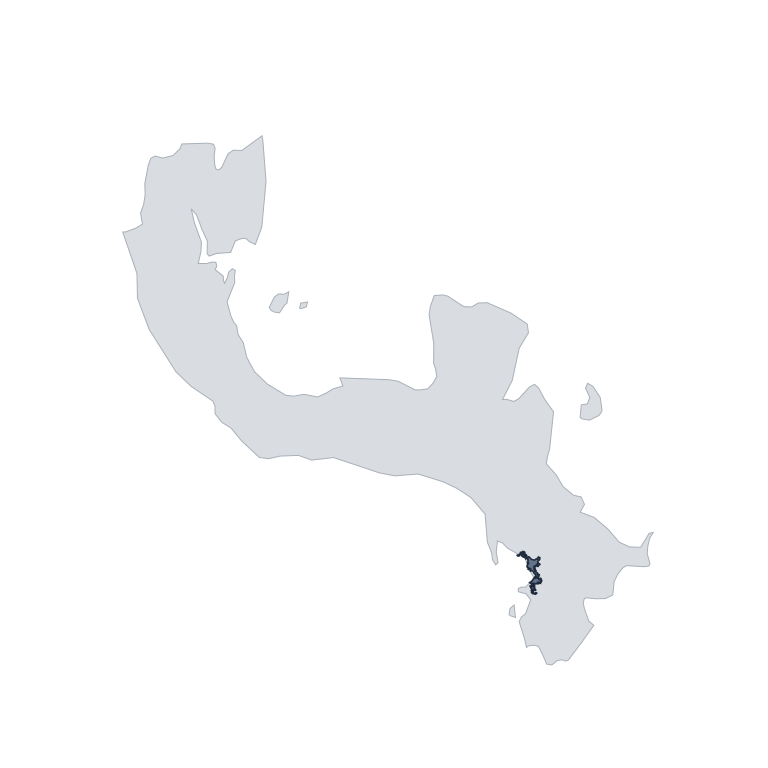 location of Chiriquí Grande, Bocas del Toro, Panama, rotated 216°
{"feature_id": "35544464B7059792376072", "entity_name": "Chiriquí Grande", "entity_type": "district", "adm_level": 2, "iso_a3": "PAN", "parent_name": "Panama", "parent_adm1": "Bocas del Toro", "projection": "albers", "projection_center": [-82.202, 9.003], "detail": "fine", "context": "in_parent", "style": "filled", "palette": "slate", "viewbox_px": 768, "rotation_deg": 216, "n_neighbors": 0, "source": "geoboundaries", "source_scale": "gbopen_adm2", "svg_char_len": 8901}
<svg xmlns="http://www.w3.org/2000/svg" viewBox="0 0 768 768"><g transform="rotate(216 384 384)"><path d="M684.7,353.4L682.6,355.0L676.6,363.8L673.4,371.4L681.4,379.2L683.8,387.6L688.4,396.6L695.4,405.7L703.4,422.7L705.3,429.5L703.2,433.9L695.8,436.7L689.0,444.8L687.3,454.6L688.6,459.4L668.2,475.2L662.9,477.8L659.3,475.5L654.8,467.7L649.4,461.5L646.6,459.3L644.9,459.2L643.3,460.7L642.6,464.1L645.5,478.7L643.3,484.6L636.3,489.3L628.6,513.1L625.4,510.1L598.5,478.5L575.1,439.1L570.1,421.2L576.1,420.1L581.8,420.5L584.9,417.7L588.4,412.4L585.4,400.3L596.4,391.0L600.6,384.7L603.6,385.4L611.0,395.9L621.7,401.8L634.8,410.5L642.9,412.4L632.6,403.3L614.9,391.3L609.9,383.4L605.1,372.3L598.3,377.2L595.1,381.3L591.6,383.7L588.5,380.9L587.9,377.3L577.5,376.8L574.8,373.5L572.1,371.7L573.4,378.6L575.5,382.9L574.4,388.1L571.1,388.5L568.2,383.2L564.4,378.4L559.3,358.2L547.5,348.8L542.1,345.7L537.6,344.6L531.0,338.2L522.3,334.8L510.5,324.8L496.0,317.8L478.4,315.4L457.0,317.1L449.8,321.1L444.9,326.3L442.7,328.6L430.0,334.5L425.3,343.0L422.3,350.1L416.1,358.2L423.3,363.0L382.2,390.6L374.0,394.6L355.5,397.5L351.2,400.5L345.6,405.9L344.8,414.1L345.7,421.1L351.1,426.5L356.0,429.9L367.6,446.1L388.2,466.5L392.1,474.0L395.3,485.1L389.2,490.3L384.4,492.5L364.9,493.5L358.2,498.0L355.5,504.8L348.3,510.4L323.1,516.0L303.4,516.7L297.2,510.3L295.7,492.5L282.3,462.1L279.0,441.1L275.7,443.7L268.7,446.2L266.3,451.4L264.6,466.9L262.0,472.2L256.6,471.7L245.4,466.2L230.5,461.1L211.6,428.4L209.5,422.2L205.8,414.8L191.2,411.7L178.8,406.2L165.2,405.4L158.2,408.5L151.1,404.5L149.9,395.6L135.6,399.6L117.3,398.2L101.0,394.3L89.8,396.4L80.4,402.7L81.7,419.0L78.9,422.2L78.5,415.6L75.3,407.9L71.4,401.5L63.1,394.9L62.7,392.5L66.0,389.2L81.0,379.6L82.8,375.7L83.1,367.4L81.6,359.4L74.9,347.7L78.8,340.5L86.5,334.7L94.4,330.1L95.8,328.2L94.3,324.2L89.7,319.9L78.9,312.6L72.4,312.1L72.2,291.1L72.6,268.8L74.2,266.6L78.2,265.3L81.3,261.9L83.1,255.3L87.8,253.0L96.3,258.1L105.0,262.6L108.6,261.1L111.4,258.9L113.3,256.8L113.9,254.7L120.8,260.7L135.0,271.2L135.9,276.4L134.5,281.4L138.4,295.6L145.8,297.7L153.3,294.9L155.1,297.6L153.7,300.2L149.9,303.1L148.9,315.4L161.1,321.1L167.2,326.1L187.4,323.8L194.9,325.1L199.9,323.6L194.3,313.8L186.7,306.5L187.4,303.3L193.1,305.7L197.5,310.6L207.4,316.8L225.7,338.1L246.7,343.2L263.3,342.5L278.8,339.6L303.5,331.2L321.2,316.1L335.4,309.4L381.5,294.9L397.8,279.9L404.7,277.9L411.2,276.0L425.7,264.6L433.4,255.8L441.6,251.3L465.9,254.3L481.7,258.4L492.6,257.7L503.2,260.6L507.8,266.9L512.6,269.6L538.3,268.7L559.5,271.6L606.0,290.1L633.9,308.5L648.8,328.2L684.7,353.4ZM219.7,504.3L213.6,504.9L201.2,500.2L192.2,491.0L191.5,488.0L191.6,484.9L196.6,475.5L203.2,472.2L205.8,472.3L212.1,483.1L207.8,487.4L209.6,494.1L218.5,499.1L219.7,504.3ZM517.4,398.0L515.3,402.7L510.0,392.3L510.8,389.6L510.4,380.1L515.3,377.6L518.9,377.3L521.9,378.6L523.8,389.8L522.3,394.8L517.4,398.0ZM150.1,276.5L148.9,281.7L140.4,272.4L145.5,270.8L147.3,271.0L150.1,276.5ZM499.0,400.4L494.1,405.4L492.2,400.7L495.6,395.9L496.8,395.8L499.0,400.4Z" fill="#d9dde1" stroke="#a8b0b8" stroke-width="1"/><path d="M139.8,302.2L139.9,302.8L140.7,302.7L141.1,302.5L140.6,302.9L140.8,303.3L141.0,303.1L141.4,303.2L141.3,303.5L141.6,303.9L141.3,304.1L141.6,304.4L142.2,303.6L142.7,304.3L142.4,304.3L142.5,304.8L142.3,305.1L142.1,305.2L142.0,305.7L142.1,305.9L142.0,306.4L141.2,306.2L141.4,305.9L141.3,305.2L141.1,305.4L140.9,306.1L140.3,306.1L140.1,306.6L140.7,306.7L141.5,307.1L142.0,307.4L142.7,307.3L142.7,307.5L142.7,308.1L143.0,308.2L143.4,308.1L143.7,308.2L143.3,309.2L144.2,309.4L144.5,309.1L144.5,308.9L144.3,308.9L144.6,308.3L144.9,308.8L145.2,308.5L145.5,308.6L145.5,309.1L145.8,309.4L145.6,309.7L145.1,309.9L145.1,310.3L145.7,310.0L146.1,310.1L146.3,309.9L146.5,310.0L146.5,310.4L146.0,310.6L145.7,310.4L145.3,311.1L144.7,311.2L144.2,311.0L143.8,311.5L143.6,311.5L143.2,312.6L142.8,312.3L141.9,312.8L142.2,313.5L142.6,313.4L142.7,314.1L143.1,314.1L143.1,314.3L142.9,314.4L142.7,314.3L142.3,314.4L142.0,314.2L141.9,314.0L141.6,313.7L141.0,314.1L141.0,314.6L140.6,314.7L140.9,314.9L140.7,315.3L140.4,315.5L140.5,315.9L141.3,316.0L141.4,316.3L141.8,316.6L141.4,316.8L141.0,316.7L140.6,317.2L141.1,318.0L141.4,318.1L141.3,317.9L142.2,318.5L142.3,318.7L142.5,318.7L142.8,318.2L143.2,318.8L143.5,318.4L143.5,318.0L144.0,317.2L144.3,317.7L145.1,318.0L145.3,317.9L145.3,317.4L145.6,317.1L145.8,317.5L146.0,317.6L145.8,317.9L146.0,317.9L146.2,318.2L146.3,318.0L145.7,318.6L145.6,319.3L145.9,319.4L146.0,319.8L146.6,319.3L147.0,319.6L146.0,320.7L146.0,320.9L146.2,321.0L146.8,320.4L147.2,320.9L147.8,320.7L148.0,320.9L148.2,320.7L148.7,321.1L149.1,321.2L149.3,321.4L150.0,320.9L150.9,321.6L151.2,322.2L151.6,321.6L151.8,321.9L152.0,322.1L152.4,322.0L152.8,322.0L152.8,322.3L152.5,322.3L152.4,322.4L152.4,322.7L152.7,322.9L153.2,322.5L153.6,322.5L153.8,322.4L153.8,322.6L153.4,322.7L152.9,323.2L153.0,323.3L153.5,323.1L154.0,323.6L154.7,323.5L155.1,324.2L155.1,324.3L154.9,324.3L155.0,324.9L154.6,325.1L154.0,325.1L153.9,325.3L154.2,325.7L154.6,325.6L154.4,325.8L154.2,326.7L154.5,326.8L154.5,327.0L154.0,327.0L153.9,327.1L154.3,327.3L154.2,327.9L153.7,327.9L153.2,327.6L152.9,326.9L152.6,327.1L152.4,326.8L152.1,327.0L152.2,328.8L151.7,329.6L152.1,329.9L153.3,329.9L153.9,329.6L153.9,329.9L154.0,330.0L154.6,329.6L154.9,330.4L155.2,330.5L155.5,332.4L155.3,332.7L154.9,332.7L154.8,332.9L154.9,333.8L155.7,334.4L155.7,335.1L156.1,335.2L156.9,334.5L157.1,334.6L157.2,334.4L157.4,334.5L157.3,333.8L157.5,333.3L156.9,332.7L157.4,332.4L157.5,332.1L157.7,331.9L158.1,331.9L158.2,331.5L158.2,331.1L158.4,330.5L159.5,329.6L161.6,328.8L165.1,329.4L165.3,329.3L165.5,329.3L165.6,329.2L165.9,328.7L165.7,328.6L165.6,328.3L166.5,327.6L166.1,327.0L165.1,326.9L165.1,326.5L164.7,326.5L164.6,326.9L164.3,326.7L164.0,326.5L163.6,326.2L163.7,325.8L163.5,325.4L163.5,325.2L163.1,324.7L162.9,324.8L162.8,324.7L163.1,324.7L163.1,324.3L163.1,324.2L163.3,324.3L162.2,323.2L162.0,323.3L162.1,323.1L161.4,322.3L161.5,321.8L161.5,321.0L161.1,320.7L161.1,320.4L160.9,320.2L160.3,319.9L160.2,320.3L159.5,320.4L159.0,320.1L158.9,319.8L158.7,319.9L158.8,319.7L158.4,319.6L158.2,319.4L158.2,319.7L158.0,319.9L157.7,320.1L157.3,320.4L157.4,320.0L157.9,320.0L158.1,319.5L157.8,319.7L157.2,319.6L156.3,319.2L155.9,318.8L155.7,319.0L155.5,318.8L155.3,318.8L155.4,319.8L152.2,320.1L152.2,319.7L151.8,319.5L151.6,319.1L150.2,319.0L149.6,318.7L149.1,319.1L148.7,318.7L148.4,318.6L148.7,318.7L148.8,318.8L148.4,317.9L147.7,317.5L146.8,317.5L146.7,317.2L146.9,316.8L147.2,316.8L147.9,317.1L148.3,316.6L148.3,316.4L147.9,316.2L147.7,316.0L147.4,315.9L147.4,316.0L147.1,316.0L147.5,315.8L147.7,316.0L147.9,316.2L148.4,316.3L148.2,315.9L148.6,315.3L148.7,315.0L148.6,314.6L148.4,314.1L148.5,313.7L148.4,313.3L148.5,311.2L148.7,310.5L148.7,309.8L148.9,309.4L149.1,309.4L148.9,309.0L149.0,308.9L148.7,308.9L148.7,309.1L148.8,309.0L148.6,309.4L148.1,309.4L147.8,309.2L147.3,308.7L146.2,308.3L146.1,307.7L145.6,308.0L145.6,307.4L145.4,307.4L145.4,307.6L145.2,307.6L145.1,307.0L144.9,307.0L145.3,306.2L146.0,306.0L146.4,306.2L146.8,306.6L147.1,306.7L147.7,306.4L147.1,306.4L146.0,305.7L145.8,305.5L145.0,305.4L144.7,305.1L144.4,305.3L144.1,305.3L143.8,305.0L143.9,304.5L143.5,304.3L143.6,303.6L143.3,303.4L143.0,303.5L142.7,303.2L142.4,302.2L141.9,301.9L141.4,301.8L140.9,302.1L139.8,302.2ZM170.9,326.0L169.6,325.8L169.4,326.5L169.1,326.9L169.7,327.5L169.9,328.5L169.6,328.7L169.1,328.8L168.9,328.6L169.0,328.6L169.0,328.3L168.8,328.3L168.7,327.9L168.2,328.5L168.0,328.1L167.6,328.3L167.6,329.0L167.8,329.0L168.5,329.5L168.7,329.4L168.7,329.0L168.9,329.1L169.0,328.9L169.8,329.3L172.3,326.7L172.3,326.4L171.7,325.9L170.9,326.0ZM175.6,323.6L174.8,323.5L174.4,323.6L174.4,323.9L174.3,323.7L174.0,323.9L174.2,324.0L173.7,325.0L174.0,325.3L174.0,325.8L173.7,325.9L173.3,326.7L173.5,326.9L173.5,327.5L173.4,327.8L173.8,328.1L173.6,328.4L173.2,328.0L172.7,328.1L172.6,328.4L172.9,328.7L173.1,328.5L173.3,328.5L173.3,328.8L173.1,328.9L173.2,329.1L173.2,329.4L172.9,329.0L171.9,328.9L171.8,329.1L172.1,329.8L171.6,329.8L171.3,329.6L170.9,330.2L171.2,330.3L171.3,330.7L171.9,330.7L171.8,330.0L172.3,329.9L172.3,329.5L172.6,329.6L172.7,330.1L173.2,329.9L173.2,329.7L173.4,329.4L173.3,328.9L173.4,328.7L173.8,328.9L173.9,328.6L174.4,328.3L174.7,328.0L174.6,327.7L174.3,327.8L174.0,328.0L174.0,327.6L173.8,327.2L173.9,326.9L173.9,326.4L174.4,326.1L174.5,325.6L174.4,325.3L173.9,324.9L174.5,324.6L174.4,324.5L174.6,324.4L174.5,324.2L175.1,323.8L175.6,323.9L175.6,323.6ZM137.6,304.7L138.5,304.6L138.7,303.9L139.4,303.2L139.6,302.3L139.0,302.7L138.3,302.7L138.0,303.0L137.8,303.0L137.6,303.7L137.9,304.0L137.7,304.0L137.4,304.4L137.6,304.7ZM168.0,326.7L167.9,326.3L168.0,326.7ZM168.2,326.8L168.4,326.5L168.3,326.4L168.2,326.6L168.2,326.8ZM166.9,326.3L167.0,326.2L166.9,326.1L166.9,326.3ZM166.4,326.7L166.6,326.6L166.4,326.7Z" fill="#64748b" stroke="#1e293b" stroke-width="1.5"/></g></svg>